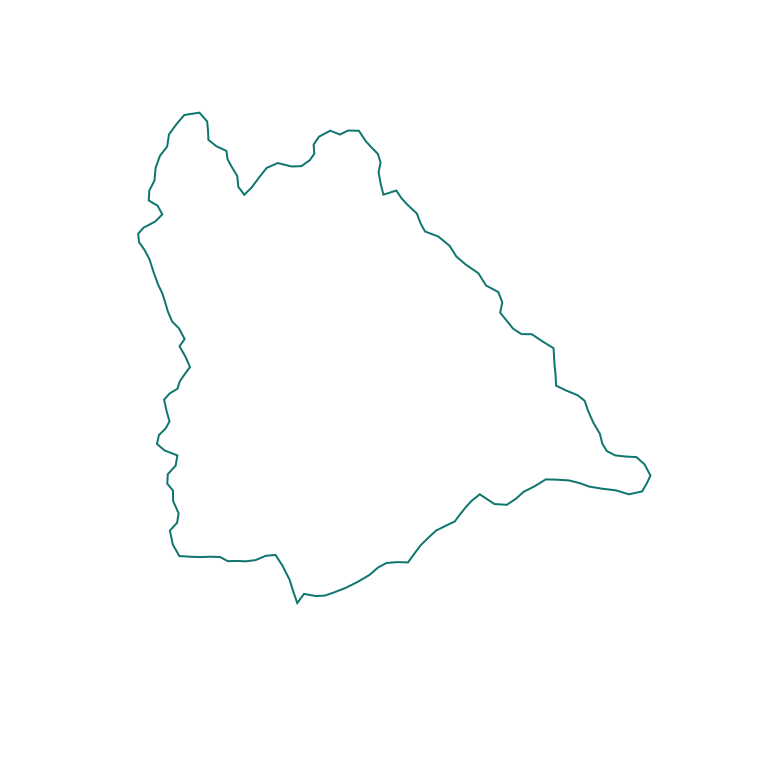 outline of Pequi, Minas Gerais, Brazil, rotated 287°
{"feature_id": "56859067B22128930529497", "entity_name": "Pequi", "entity_type": "district", "adm_level": 2, "iso_a3": "BRA", "parent_name": "Brazil", "parent_adm1": "Minas Gerais", "projection": "robinson", "projection_center": [-44.633, -19.619], "detail": "fine", "context": "isolated", "style": "outline", "palette": "teal", "viewbox_px": 768, "rotation_deg": 287, "n_neighbors": 0, "source": "geoboundaries", "source_scale": "gbopen_adm2", "svg_char_len": 2206}
<svg xmlns="http://www.w3.org/2000/svg" viewBox="0 0 768 768"><g transform="rotate(287 384 384)"><path d="M589.5,128.1L582.9,114.4L571.9,109.6L559.8,105.4L547.6,107.2L536.6,103.0L523.8,102.4L511.7,105.0L500.3,103.0L490.7,105.4L488.3,115.4L481.4,122.4L472.6,117.8L463.1,108.3L455.8,105.0L448.1,108.2L442.1,115.9L434.4,123.5L424.2,130.5L413.4,138.6L405.6,145.7L398.2,150.8L390.0,156.2L381.8,163.2L377.2,171.7L368.7,180.2L360.3,177.4L351.7,186.5L343.5,193.5L334.4,190.3L326.7,187.9L319.1,187.9L312.2,181.7L304.7,178.3L294.4,184.1L285.5,189.8L277.9,188.3L269.4,183.7L260.3,184.4L256.3,193.5L255.3,207.3L245.0,208.6L234.5,203.6L225.3,205.9L220.3,213.4L210.6,216.4L200.3,225.4L190.8,226.7L181.2,222.1L168.6,229.1L159.6,238.6L162.5,250.4L164.9,259.4L168.1,268.5L170.6,277.9L168.9,286.4L171.8,295.1L174.0,303.6L178.0,312.6L185.1,321.1L188.8,330.2L180.6,340.0L169.4,350.8L158.0,358.6L149.2,365.1L159.9,368.9L161.2,380.4L164.4,389.4L170.3,397.4L177.7,406.8L187.2,416.8L197.0,425.8L206.9,432.1L213.5,438.6L217.5,448.6L220.4,459.1L230.0,462.4L240.3,466.1L249.2,470.9L259.0,476.6L266.6,484.6L273.1,491.8L281.8,494.9L290.0,498.2L297.5,501.7L306.5,507.8L301.5,524.8L304.4,536.8L313.1,543.9L321.7,549.0L330.4,558.1L340.1,566.6L343.0,577.1L345.9,589.3L346.4,600.2L345.9,610.3L347.7,623.5L350.1,636.8L350.1,650.4L356.7,662.2L365.6,664.3L374.3,665.6L383.3,656.7L387.9,646.7L385.4,636.8L383.3,625.9L385.0,616.8L390.8,610.2L399.5,605.0L408.1,595.6L418.1,586.9L426.6,580.8L429.9,572.3L431.1,559.6L432.8,549.0L442.1,545.7L453.7,540.9L467.8,535.7L471.1,523.0L474.8,510.8L471.9,500.8L474.7,491.2L480.1,483.3L486.2,474.2L496.6,473.3L505.3,466.5L508.0,452.8L517.5,441.9L522.1,427.3L527.1,415.9L535.3,406.4L540.9,392.8L541.9,378.6L548.4,371.9L556.6,365.6L562.4,353.8L566.9,346.2L572.6,339.2L564.9,328.1L573.9,322.6L585.0,316.9L594.9,315.9L602.3,310.8L606.5,303.0L611.0,295.4L618.8,286.0L615.9,275.5L609.7,269.0L610.5,258.5L601.5,249.5L592.4,246.7L583.9,250.0L576.3,247.6L568.2,241.3L565.0,232.1L564.2,217.7L556.3,208.6L545.6,204.4L532.9,199.8L524.1,195.0L530.0,187.0L540.1,182.8L546.8,175.2L553.3,168.6L560.8,165.2L562.4,154.1L566.1,144.7L574.4,141.8L583.4,138.1L589.5,128.1Z" fill="none" stroke="#0f766e" stroke-width="2"/></g></svg>